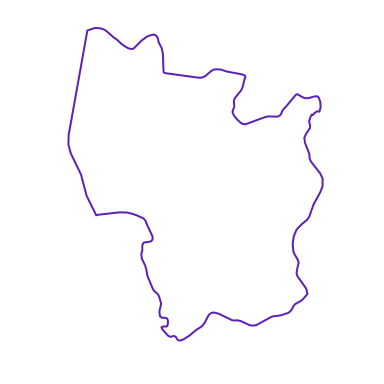 the border of Oio, rotated 280°
{"feature_id": "GNB-772", "entity_name": "Oio", "entity_type": "Region", "adm_level": 1, "iso_a3": "GNB", "parent_name": "Guinea-Bissau", "parent_adm1": "", "projection": "orthographic", "projection_center": [-15.268, 12.289], "detail": "fine", "context": "isolated", "style": "outline", "palette": "violet", "viewbox_px": 384, "rotation_deg": 280, "n_neighbors": 0, "source": "natural_earth", "source_scale": "10m", "svg_char_len": 2824}
<svg xmlns="http://www.w3.org/2000/svg" viewBox="0 0 384 384"><g transform="rotate(280 192 192)"><path d="M243.0,60.7L332.9,60.9L336.6,67.7L337.2,71.6L337.1,75.5L336.5,77.9L335.7,79.6L330.5,88.3L329.0,91.7L325.8,96.5L324.4,99.2L322.4,104.4L322.3,107.3L322.9,109.3L324.1,110.3L332.3,116.0L336.8,120.2L337.5,121.3L338.3,122.5L339.3,124.3L340.4,127.2L340.0,129.0L339.1,130.4L337.8,131.4L336.2,132.2L334.5,132.8L333.0,133.6L329.1,136.7L327.6,137.6L322.4,139.5L306.6,142.8L304.9,143.5L304.4,145.3L305.7,178.3L306.0,180.4L306.6,182.2L307.4,183.6L308.4,184.9L314.7,190.1L316.0,191.6L317.0,194.3L317.6,198.9L316.7,205.4L316.5,220.9L315.9,223.7L314.5,224.6L310.9,224.0L304.6,223.7L302.7,223.3L301.0,222.9L292.3,218.1L291.2,217.7L290.0,217.5L288.4,217.5L286.6,217.9L285.0,218.5L283.1,218.8L281.4,218.5L279.7,218.1L278.0,218.0L276.6,218.6L275.3,219.5L274.0,220.7L270.9,224.4L268.4,228.3L267.8,230.8L268.0,232.9L278.3,250.7L279.7,254.0L280.9,262.2L281.5,263.9L282.6,265.2L284.0,266.1L287.7,266.9L290.5,268.3L292.2,269.6L305.6,277.3L306.6,278.8L306.0,280.6L304.8,283.6L304.2,285.9L304.2,288.1L304.3,288.9L304.7,290.5L307.0,295.2L307.8,297.4L307.9,298.6L307.7,299.6L307.1,300.2L306.1,300.9L304.8,301.7L303.3,302.5L301.5,303.1L298.0,303.9L294.2,303.7L293.3,303.4L293.2,301.3L291.1,299.0L288.8,297.6L288.8,296.4L285.4,295.4L281.7,295.1L278.5,296.6L275.9,297.1L268.6,294.1L265.0,293.2L260.3,294.6L250.1,300.8L244.9,302.2L242.0,304.5L232.7,314.9L227.9,318.3L220.4,319.6L214.2,318.4L200.9,313.9L188.2,311.8L184.1,309.8L179.4,305.7L173.2,301.5L165.8,299.9L158.1,300.2L150.9,302.2L148.5,303.8L143.1,308.3L141.0,309.3L133.9,308.9L130.2,309.1L127.5,310.3L117.2,320.8L115.2,322.0L111.6,323.4L105.6,319.8L103.7,318.2L99.4,312.9L96.7,311.6L92.7,310.3L90.9,308.9L89.6,307.7L85.8,300.6L83.7,293.6L82.7,291.7L72.1,278.5L71.2,275.9L70.9,274.3L70.8,272.2L73.4,262.4L73.5,259.6L73.2,257.3L72.7,255.5L72.8,253.4L76.7,239.6L77.1,236.1L76.9,233.4L76.1,232.0L75.0,230.7L73.6,229.8L64.7,226.9L63.2,226.1L61.8,225.2L60.5,224.1L57.3,220.5L49.7,214.0L45.2,208.9L44.3,207.5L43.7,206.1L43.6,204.7L44.2,203.2L46.7,201.0L47.1,198.9L46.4,197.6L45.7,196.1L46.0,193.9L49.8,188.8L51.8,186.5L53.6,185.5L54.5,187.1L55.1,190.3L56.3,191.1L57.9,191.1L60.0,190.9L61.8,190.3L63.2,189.3L63.5,187.1L63.1,185.5L63.0,183.8L64.0,182.2L67.0,181.0L69.4,180.6L75.6,181.0L77.4,180.7L83.9,177.4L85.6,175.9L87.4,172.8L89.1,170.7L101.6,162.7L108.0,160.4L111.3,158.7L117.4,154.4L120.6,153.2L123.2,152.8L124.7,153.2L126.3,153.1L127.3,153.0L128.9,152.6L130.8,152.4L132.6,152.7L134.0,153.6L135.7,159.1L136.7,160.4L138.0,161.3L139.8,161.3L141.7,160.6L152.7,152.9L154.3,152.1L156.0,150.8L157.6,148.7L159.5,141.3L160.2,136.5L160.5,131.9L159.4,124.2L153.3,103.6L152.5,101.7L169.9,88.9L189.9,79.7L209.0,65.9L217.5,62.0L226.9,60.6L243.0,60.7Z" fill="none" stroke="#5b21b6" stroke-width="2"/></g></svg>